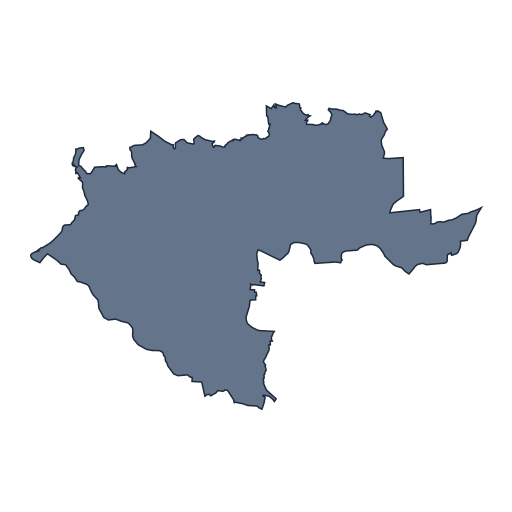 Feleacu, Cluj, Romania
{"feature_id": "2599482B32360737333989", "entity_name": "Feleacu", "entity_type": "district", "adm_level": 2, "iso_a3": "ROU", "parent_name": "Romania", "parent_adm1": "Cluj", "projection": "albers", "projection_center": [23.663, 46.697], "detail": "fine", "context": "isolated", "style": "filled", "palette": "slate", "viewbox_px": 512, "rotation_deg": 0, "n_neighbors": 0, "source": "geoboundaries", "source_scale": "gbopen_adm2", "svg_char_len": 6039}
<svg xmlns="http://www.w3.org/2000/svg" viewBox="0 0 512 512"><path d="M365.1,112.9L361.3,114.7L359.4,113.9L356.9,114.8L355.4,114.1L352.0,114.4L347.9,113.9L346.5,113.2L346.1,112.4L345.4,112.3L343.5,110.6L340.1,110.2L336.5,109.1L331.5,109.0L329.1,108.3L328.3,109.8L330.8,112.5L331.9,115.0L330.7,118.0L330.6,120.1L328.6,123.1L327.9,123.9L326.1,124.5L323.7,124.1L322.3,122.8L321.6,123.4L322.1,123.7L322.0,124.1L321.2,123.9L318.5,125.0L315.6,125.3L312.9,124.5L306.5,124.3L306.4,122.3L307.3,121.4L307.8,120.3L305.3,120.3L308.2,117.0L310.1,115.9L308.3,115.5L308.1,114.6L306.6,115.0L304.9,114.6L303.1,113.3L300.4,109.7L300.4,108.5L300.9,108.0L299.7,107.4L299.7,105.3L299.2,103.9L294.2,103.3L294.1,103.0L292.8,102.8L287.4,105.3L285.6,107.0L279.1,105.4L275.5,104.0L276.4,107.7L275.7,107.9L275.6,107.2L274.6,107.5L273.9,104.9L271.1,108.6L266.4,105.9L266.6,115.9L267.7,116.5L268.7,124.0L270.1,124.2L269.4,124.9L269.5,127.0L268.7,128.6L268.7,129.8L267.8,131.2L269.1,133.0L269.2,134.7L268.8,136.4L267.1,137.1L265.5,138.6L263.8,138.5L261.2,139.4L258.1,137.6L257.6,135.6L256.4,134.9L252.0,134.5L250.0,135.1L249.0,134.7L246.2,135.3L246.3,136.0L243.2,137.6L241.9,139.1L241.6,138.1L241.2,138.0L241.3,139.1L239.6,140.0L239.8,140.4L234.9,139.2L233.2,140.4L233.3,139.6L228.0,142.6L226.8,144.2L225.0,145.5L224.9,147.0L223.1,147.2L219.9,145.9L215.2,145.4L214.7,145.7L214.3,147.0L213.3,147.2L212.0,143.8L214.4,141.8L214.5,141.1L212.2,141.4L204.9,139.6L201.1,137.4L199.8,136.2L198.0,135.5L194.0,138.7L193.7,139.7L194.2,143.1L193.4,144.1L187.1,142.8L183.9,139.5L180.6,139.7L175.6,142.9L175.3,144.1L175.5,148.1L174.2,148.8L173.3,147.7L173.2,144.8L171.2,144.5L164.7,141.2L158.2,136.1L150.7,131.2L150.4,138.3L146.1,142.8L142.3,144.9L134.8,145.3L132.7,146.0L131.1,147.4L130.0,147.2L129.8,148.3L130.1,150.0L131.2,151.0L131.7,152.3L131.6,155.0L132.1,158.2L134.8,163.4L135.1,164.3L134.8,164.5L136.2,166.6L129.1,167.8L127.4,167.4L127.1,168.2L127.5,168.9L127.5,169.5L124.7,171.9L124.5,173.7L121.4,172.5L118.2,169.6L116.5,164.5L115.5,165.4L115.8,166.3L107.1,165.8L106.3,165.9L106.0,167.0L102.4,166.7L94.7,167.2L91.7,172.1L90.2,173.8L86.5,173.5L85.5,171.3L84.1,170.2L80.8,166.3L78.9,165.4L78.7,164.8L79.0,159.8L81.5,154.5L84.1,150.4L83.4,147.6L78.8,148.2L77.0,149.2L75.7,149.1L75.9,151.0L75.5,154.1L73.6,157.9L73.3,161.3L72.3,162.7L72.3,164.7L73.2,166.0L73.9,166.0L73.8,164.8L75.0,165.9L75.2,166.8L77.2,167.0L75.7,168.8L75.3,169.8L76.0,171.8L75.7,172.5L75.9,173.6L77.5,172.8L80.4,177.9L78.4,177.7L78.4,178.6L82.6,182.2L82.5,187.9L83.9,191.2L84.8,195.4L87.6,201.2L88.3,204.4L85.9,206.6L84.0,209.3L82.0,210.4L80.0,210.6L78.6,212.4L78.4,214.8L75.5,215.6L74.5,220.0L71.9,222.5L70.8,224.3L70.0,224.7L64.9,225.0L63.4,225.9L62.6,227.4L62.0,230.8L60.8,232.7L53.4,240.2L50.2,243.0L43.0,247.4L40.8,248.0L37.6,250.4L38.7,250.9L34.6,252.1L32.0,253.6L31.0,254.5L30.7,255.5L31.4,257.8L33.2,259.5L39.9,262.7L43.5,257.9L47.5,253.8L56.7,260.1L61.1,264.2L65.0,264.6L66.0,265.2L69.4,270.1L71.0,273.8L74.8,277.4L76.7,280.8L78.0,281.7L80.4,282.0L86.1,284.1L87.8,285.0L89.0,286.4L91.5,292.1L93.2,294.9L97.8,299.9L98.5,303.1L98.7,307.2L99.2,309.0L103.7,317.3L108.4,320.0L115.6,319.1L121.7,321.4L127.5,322.7L128.8,323.6L130.6,325.3L132.6,328.4L132.8,330.4L132.6,336.1L133.1,337.8L134.3,340.1L138.4,344.9L146.4,349.3L152.2,350.5L159.4,350.6L162.8,352.4L163.8,355.6L165.3,357.7L165.2,359.7L165.8,361.5L167.0,363.2L167.8,365.9L173.7,373.9L177.9,375.7L187.5,374.9L190.2,377.1L192.2,377.5L192.0,381.5L201.7,382.0L204.9,396.2L206.8,394.7L209.5,394.3L210.5,395.8L211.5,395.5L214.0,393.8L215.5,393.3L217.9,390.6L223.0,391.3L224.3,390.7L224.9,389.9L227.1,390.2L228.0,391.1L233.6,399.7L234.1,402.6L233.8,403.0L235.2,402.2L243.1,403.8L247.9,405.5L256.3,406.0L257.4,406.3L259.0,407.8L261.9,409.2L264.0,403.1L265.1,397.3L263.0,395.9L263.4,395.1L269.3,396.3L272.7,399.3L274.4,401.5L276.2,398.8L266.5,390.1L263.5,383.4L263.9,382.2L263.3,380.4L263.6,379.5L263.4,378.3L264.2,377.8L263.9,374.8L264.8,374.1L264.6,373.2L265.0,372.1L266.2,370.1L265.1,366.0L265.6,365.1L263.5,362.1L263.9,360.0L265.2,358.2L268.9,350.4L269.2,348.5L268.7,345.0L269.9,345.2L270.4,344.8L270.2,341.1L272.3,341.1L271.6,339.7L271.3,337.7L273.2,333.0L274.3,331.4L259.6,330.6L257.3,330.0L251.9,327.3L248.0,324.1L246.9,322.2L246.2,319.7L246.0,317.3L249.3,306.6L250.1,300.1L255.7,299.8L255.6,295.9L256.8,295.8L256.2,292.2L254.6,292.2L254.5,289.7L250.2,289.7L250.8,285.5L250.5,284.1L253.0,285.1L255.0,284.4L255.5,284.8L263.9,285.9L264.7,282.5L260.2,281.9L261.4,278.7L260.8,277.1L261.3,275.4L261.0,274.6L259.5,273.5L259.6,270.9L259.3,270.2L257.7,270.3L258.1,263.0L257.4,260.7L256.7,253.4L258.1,249.9L260.1,250.5L279.9,260.2L282.8,258.0L288.0,253.1L288.9,251.4L290.6,244.4L294.2,242.5L299.0,242.5L305.9,244.0L307.3,244.9L309.1,247.2L310.7,249.7L311.0,250.9L310.8,253.2L312.5,255.5L314.0,259.4L314.1,261.3L314.9,263.4L335.9,262.0L340.6,262.8L341.3,260.8L342.2,260.0L341.4,258.8L341.3,257.5L341.6,253.7L342.6,252.4L345.8,251.0L356.9,250.2L357.9,249.7L359.6,247.9L365.7,245.2L370.2,244.5L373.3,244.6L377.4,246.0L380.6,248.9L383.9,253.9L384.7,256.0L393.4,264.6L395.6,265.9L401.8,267.8L405.2,271.4L409.0,274.0L413.9,268.2L414.5,267.0L417.3,264.6L422.4,263.3L426.3,264.7L445.1,263.1L446.5,262.3L447.2,261.0L447.3,254.9L451.1,252.8L451.1,254.4L451.7,255.3L456.1,253.9L457.5,252.9L458.4,251.5L460.1,247.7L460.6,244.5L460.4,241.2L467.3,240.3L468.5,236.8L475.2,223.8L476.0,221.4L476.7,215.2L481.3,207.7L476.6,210.0L470.5,212.0L468.6,213.3L462.0,214.2L456.2,218.0L451.7,220.0L448.7,220.2L443.5,222.2L440.4,221.6L437.3,222.0L435.1,223.4L433.5,223.9L430.8,223.8L431.1,216.8L430.7,215.0L430.6,209.6L420.0,212.3L419.5,209.6L389.9,212.8L390.3,210.5L392.6,205.3L393.6,203.7L396.9,200.9L403.5,196.3L403.2,157.6L388.6,158.6L383.4,158.2L383.7,156.2L384.5,153.6L384.4,151.6L381.7,145.0L381.2,140.7L381.7,138.9L384.0,135.4L385.4,131.6L387.3,129.1L383.6,122.3L380.8,112.8L377.9,110.9L376.8,111.6L376.6,111.1L375.9,111.1L375.3,112.6L372.9,115.8L371.1,117.1L370.9,116.7L370.5,117.0L369.4,116.0L370.1,114.6L365.1,112.9Z" fill="#64748b" stroke="#1e293b" stroke-width="1.5"/></svg>